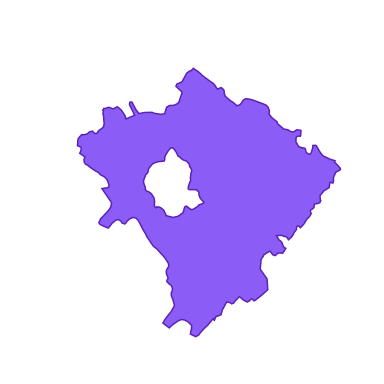 outline of Tanta, Al Gharbiyah, Egypt, rotated 131°
{"feature_id": "37247803B22733539273982", "entity_name": "Tanta", "entity_type": "district", "adm_level": 2, "iso_a3": "EGY", "parent_name": "Egypt", "parent_adm1": "Al Gharbiyah", "projection": "mercator", "projection_center": [30.984, 30.809], "detail": "fine", "context": "isolated", "style": "filled", "palette": "violet", "viewbox_px": 384, "rotation_deg": 131, "n_neighbors": 0, "source": "geoboundaries", "source_scale": "gbopen_adm2", "svg_char_len": 5944}
<svg xmlns="http://www.w3.org/2000/svg" viewBox="0 0 384 384"><g transform="rotate(131 192 192)"><path d="M74.5,104.6L75.7,107.1L76.7,109.5L78.3,115.2L78.8,117.3L77.8,121.8L76.4,126.0L75.6,128.1L75.6,129.2L77.5,131.3L79.9,129.7L81.7,128.9L83.3,128.1L84.9,127.6L86.5,127.9L87.3,131.6L85.9,133.7L85.1,134.5L85.1,136.0L85.4,136.6L86.2,137.4L87.8,141.1L85.9,146.6L82.5,149.2L81.2,149.2L80.1,148.4L79.3,147.6L78.8,146.8L77.7,147.3L74.0,150.2L76.4,153.9L78.0,154.2L79.8,154.7L80.6,155.6L81.5,156.5L81.9,159.2L81.9,159.7L83.0,162.1L83.8,163.1L84.3,164.4L84.3,172.3L83.2,173.9L83.5,180.0L82.7,185.0L80.6,186.3L80.0,186.8L78.5,189.4L77.9,191.0L77.9,193.6L80.8,201.5L83.2,207.6L84.5,209.9L85.3,211.3L86.6,212.8L87.4,213.1L89.2,213.6L92.1,213.1L94.8,213.1L97.4,214.7L97.4,220.2L97.9,222.9L97.9,229.7L96.3,232.6L95.5,233.1L94.2,234.7L94.0,235.7L93.9,237.8L94.2,238.6L97.4,240.2L97.6,240.7L96.0,246.5L96.6,251.5L97.1,257.3L97.3,261.5L97.1,262.3L97.1,266.5L97.6,269.9L97.8,272.1L101.3,272.3L102.1,273.1L104.5,273.7L106.0,273.9L115.5,271.8L116.2,272.2L120.6,274.3L122.8,273.4L123.0,266.5L122.9,265.8L124.2,264.3L127.2,263.2L131.6,261.3L132.5,261.1L134.3,260.8L137.9,262.2L140.1,264.1L141.1,265.5L144.6,266.8L150.9,264.0L152.5,265.4L153.8,266.4L157.5,272.4L158.1,274.4L162.6,279.5L167.6,283.5L167.1,285.9L166.6,288.5L163.5,296.4L164.9,297.8L166.5,297.0L167.3,296.1L169.8,290.0L171.7,285.6L180.2,289.8L178.3,292.6L176.6,298.9L176.5,300.4L176.6,304.1L177.1,304.5L180.7,305.9L181.1,306.2L181.3,306.7L182.5,310.1L183.9,311.3L184.2,311.3L185.6,312.1L186.2,312.4L186.6,313.3L188.9,313.0L188.9,312.0L191.1,310.8L193.1,308.2L198.0,303.2L200.1,301.9L201.3,301.6L202.9,301.7L206.6,302.6L208.5,302.6L210.1,302.2L211.6,303.8L211.4,307.0L213.3,308.5L214.9,309.0L216.7,309.1L219.6,311.0L221.1,312.9L223.7,313.0L226.8,312.8L229.7,310.7L232.2,308.8L232.0,308.2L231.0,305.3L231.3,304.5L233.4,303.2L233.9,302.9L236.5,302.1L236.0,298.7L235.8,295.8L236.3,295.6L238.4,294.8L240.3,292.7L240.5,291.9L240.8,290.6L240.5,289.3L240.3,288.2L240.3,286.4L240.0,283.2L239.5,279.0L238.7,275.3L239.0,273.2L239.0,272.2L238.5,270.4L238.0,267.5L238.5,264.3L239.0,263.0L241.7,258.5L242.7,258.3L244.9,258.8L245.6,259.9L248.5,262.2L252.8,245.7L254.1,244.9L255.7,243.9L257.0,243.4L259.1,243.1L261.0,242.9L269.4,243.2L272.3,243.4L276.3,242.1L276.8,240.0L275.3,234.8L274.2,231.6L270.8,231.6L267.9,231.8L265.3,231.3L263.1,231.0L261.3,229.7L260.5,226.6L261.3,224.5L260.3,221.8L259.0,221.6L256.8,221.8L253.4,221.5L250.0,219.9L248.7,217.8L248.4,216.8L248.7,214.2L249.8,211.0L252.1,205.5L254.3,198.9L255.3,197.1L256.1,193.7L257.2,190.0L258.3,185.3L258.0,181.3L258.8,175.0L259.1,171.9L259.7,168.5L261.3,163.2L262.6,161.4L263.6,160.8L267.3,160.1L268.9,159.3L270.8,157.2L272.6,153.5L275.0,153.0L276.1,152.2L276.4,148.8L276.1,146.4L277.4,143.8L279.3,142.2L281.7,141.5L283.8,139.6L285.4,136.5L288.8,131.2L290.2,130.5L296.2,129.2L299.7,129.2L306.8,128.7L310.0,127.9L309.5,120.0L305.5,119.7L298.4,117.9L295.5,116.5L294.4,115.2L293.4,113.4L292.9,111.3L292.6,109.4L292.9,105.5L292.9,104.9L293.4,104.2L294.7,103.4L296.1,102.3L298.2,101.3L300.3,100.0L298.7,94.2L295.3,93.1L292.1,93.4L287.4,93.3L282.6,92.8L277.9,92.8L275.5,93.0L273.4,92.5L274.2,91.4L274.1,90.9L273.6,91.2L271.1,91.9L269.9,92.2L269.2,91.4L265.5,89.6L261.2,91.7L252.2,93.7L250.4,90.3L250.4,88.7L248.6,87.7L247.0,87.9L244.9,87.9L240.4,87.6L239.8,87.4L239.8,82.1L238.8,78.1L237.5,77.6L236.7,77.3L233.8,77.1L233.3,76.3L233.5,73.9L233.0,73.4L224.8,71.8L216.1,70.7L208.4,78.3L207.9,80.1L207.3,82.8L206.3,86.4L205.5,89.9L197.5,95.6L195.7,95.9L194.6,95.9L193.6,96.1L192.5,96.6L185.6,94.5L185.6,93.5L186.4,89.8L185.4,87.4L182.0,87.1L180.9,86.3L178.7,83.4L176.7,83.7L174.3,84.0L173.0,84.2L173.0,84.7L173.5,86.3L172.4,88.9L172.2,89.2L171.6,90.0L171.1,91.3L170.8,92.9L171.1,94.7L169.5,99.7L165.8,95.8L165.6,95.0L165.3,93.9L164.8,92.9L164.2,92.3L164.0,90.2L164.8,87.9L160.6,87.3L158.4,87.6L157.1,87.8L155.8,88.4L153.1,88.4L151.8,88.6L150.8,89.4L150.0,89.9L148.4,90.2L147.9,89.1L147.6,88.3L147.9,86.8L143.1,86.5L137.3,87.5L133.6,87.2L131.5,87.5L129.9,88.0L129.4,89.3L128.7,90.2L127.5,90.6L125.7,89.9L123.5,89.8L122.5,90.6L120.9,91.7L119.3,90.6L118.5,89.8L117.2,89.0L115.9,88.5L115.6,88.8L113.8,89.3L113.5,90.3L110.8,93.0L104.5,93.2L102.1,92.4L100.3,91.9L98.7,91.4L94.7,94.0L94.2,94.0L93.4,93.4L93.4,92.4L92.9,91.6L91.0,92.1L89.7,93.7L87.6,95.0L83.1,96.3L82.3,96.3L78.9,95.0L77.8,94.7L77.3,95.0L76.7,96.0L76.2,100.5L75.9,104.2L74.5,104.6ZM192.1,196.9L192.1,196.5L192.1,196.0L191.9,195.5L187.4,190.2L187.6,187.1L187.9,186.3L188.2,186.0L189.5,185.0L191.1,182.3L191.4,181.0L191.9,177.9L191.9,176.6L192.6,175.9L195.1,177.1L197.2,178.4L199.3,178.2L204.8,180.0L205.9,181.3L205.9,181.9L206.4,187.1L208.0,187.7L209.8,186.9L212.5,185.6L214.1,185.3L216.2,185.9L218.0,186.1L219.9,186.9L221.4,188.0L223.6,189.6L226.9,196.2L226.2,196.9L225.4,198.8L225.1,199.8L224.8,200.1L224.3,201.3L224.3,202.3L224.3,204.6L224.8,206.7L225.3,207.5L225.6,207.7L226.1,208.8L226.7,208.5L227.7,209.0L227.4,210.9L227.2,211.1L224.5,213.5L223.7,214.0L221.9,216.1L221.1,217.4L220.0,221.6L220.0,222.7L220.0,223.7L220.3,224.8L221.1,227.2L220.8,227.9L220.5,229.0L220.4,229.3L219.5,230.0L218.9,230.6L218.4,231.6L217.1,234.0L216.3,235.0L215.0,236.1L211.5,237.4L210.7,237.6L209.9,238.2L206.3,238.1L202.8,240.0L201.2,240.2L196.5,240.2L194.6,239.4L194.1,239.1L192.3,238.1L191.2,237.3L190.4,236.5L188.8,235.1L188.1,234.4L186.7,233.3L185.2,234.1L183.8,235.2L182.2,235.9L179.6,236.5L178.0,236.7L176.2,237.0L172.7,237.0L171.2,235.1L172.0,231.2L172.5,229.6L173.0,228.3L174.1,226.2L173.8,224.9L173.6,223.3L173.8,222.8L173.8,221.7L173.6,219.9L173.0,218.0L172.5,217.0L172.3,215.7L172.8,212.3L173.1,212.0L173.6,211.2L174.4,210.4L174.7,208.8L175.2,207.5L175.7,206.7L176.0,206.2L177.0,205.7L178.1,205.4L181.0,203.3L182.1,202.8L182.9,202.0L183.4,201.2L184.4,200.5L185.2,200.2L186.0,200.2L188.1,199.2L188.4,198.9L189.7,198.6L190.5,198.1L191.8,197.3L192.1,196.9Z" fill="#8b5cf6" stroke="#5b21b6" stroke-width="1.5"/></g></svg>